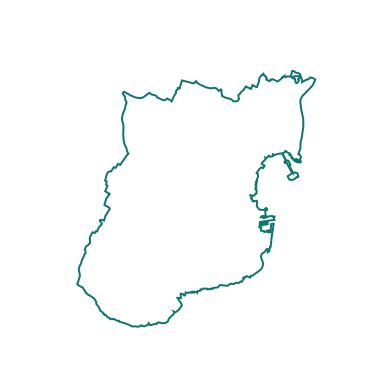 Kota Surabaya, Jawa Timur, Indonesia (Albers equal-area conic projection), rotated 108°
{"feature_id": "22746128B68603538827891", "entity_name": "Kota Surabaya", "entity_type": "district", "adm_level": 2, "iso_a3": "IDN", "parent_name": "Indonesia", "parent_adm1": "Jawa Timur", "projection": "albers", "projection_center": [112.731, -7.274], "detail": "fine", "context": "isolated", "style": "outline", "palette": "teal", "viewbox_px": 384, "rotation_deg": 108, "n_neighbors": 0, "source": "geoboundaries", "source_scale": "gbopen_adm2", "svg_char_len": 6044}
<svg xmlns="http://www.w3.org/2000/svg" viewBox="0 0 384 384"><g transform="rotate(108 192 192)"><path d="M119.9,288.2L122.2,285.0L125.0,283.9L126.9,281.9L130.5,281.9L132.9,281.5L139.3,281.9L143.0,281.5L145.2,280.8L149.7,277.8L158.8,275.1L164.5,272.7L167.8,270.7L170.6,267.9L173.0,266.6L175.3,264.3L176.7,265.1L188.4,268.7L188.0,270.9L192.7,272.2L192.6,274.0L197.5,275.4L197.8,276.7L199.0,278.0L201.2,278.5L208.0,278.2L208.3,276.4L211.6,276.0L212.2,274.3L218.1,274.8L219.3,269.7L224.8,271.5L231.3,271.3L232.0,268.9L232.1,267.0L232.9,265.3L233.5,265.0L241.7,267.0L244.5,266.8L245.3,267.1L246.3,266.8L246.7,270.4L247.1,270.7L248.3,270.6L249.6,268.1L250.4,267.9L254.7,269.7L258.8,270.1L258.8,271.2L261.1,271.8L261.1,274.2L266.0,275.1L268.7,274.6L269.3,274.1L272.0,273.3L274.4,274.2L276.2,275.7L277.4,276.1L279.8,276.3L281.1,275.0L283.2,274.4L284.3,275.1L285.9,274.9L291.4,275.7L294.2,275.4L296.9,276.0L299.4,276.0L301.0,275.6L304.5,273.5L307.2,272.6L315.2,272.6L316.2,269.6L316.6,266.5L320.8,261.3L321.5,259.9L322.3,256.0L323.6,252.1L325.9,249.2L327.9,248.5L330.8,244.4L332.1,243.6L333.5,242.1L334.1,239.7L335.0,239.1L335.0,238.1L335.2,237.7L335.7,237.7L336.0,237.0L335.7,235.9L337.2,233.8L337.1,231.7L337.9,231.3L337.8,228.8L337.3,228.2L336.9,226.6L337.6,223.2L337.0,221.7L337.8,221.1L337.6,215.4L337.8,210.1L338.4,207.9L338.0,206.2L337.2,204.3L337.0,202.4L336.0,200.2L335.0,199.9L334.5,198.9L334.4,198.2L335.0,197.7L334.2,195.4L331.9,192.9L330.1,192.7L331.5,190.8L331.3,189.9L329.2,187.0L328.4,184.9L327.3,184.7L326.4,183.7L325.9,179.2L324.3,176.3L323.0,175.3L322.0,174.8L319.9,174.9L318.3,174.3L314.0,171.8L312.0,171.8L311.3,172.5L311.6,170.6L308.2,168.2L303.2,166.6L301.8,167.4L297.2,173.1L296.2,169.8L292.2,171.3L292.0,168.5L292.6,168.0L292.8,167.2L292.1,166.6L289.4,167.0L289.2,164.4L287.9,162.9L287.5,161.8L288.0,161.6L287.8,160.9L286.7,160.9L286.5,160.2L287.2,160.0L286.9,158.7L286.2,158.8L285.7,156.4L286.1,155.9L284.5,156.0L283.1,153.4L281.9,153.7L281.2,151.6L280.3,151.4L279.3,147.8L279.8,147.5L278.8,144.7L278.5,144.9L278.1,144.2L277.6,142.2L276.7,142.3L274.8,138.1L271.8,136.6L270.2,129.1L268.1,127.8L267.3,126.8L266.6,123.8L264.7,122.2L264.0,119.3L262.1,118.2L262.1,117.0L258.3,115.8L257.9,116.8L257.6,116.7L257.4,115.9L256.4,115.4L256.5,114.8L255.1,114.0L255.4,110.3L253.5,110.1L253.5,109.5L252.4,108.3L244.3,102.5L241.7,101.9L238.8,102.1L236.6,103.1L235.3,104.4L232.0,106.5L229.7,106.7L225.7,103.9L224.5,103.9L222.9,103.1L222.9,102.4L223.6,101.8L225.8,101.3L224.6,100.2L219.9,100.9L219.7,100.3L211.0,102.2L197.0,104.5L197.0,105.1L197.9,106.7L206.1,105.1L206.7,106.9L204.9,107.3L205.1,108.3L205.4,108.6L206.7,108.3L206.9,109.1L206.6,109.2L206.9,109.2L207.1,110.2L207.7,110.8L206.9,111.3L207.5,114.5L204.2,115.1L204.9,117.0L202.8,117.4L199.3,110.1L198.0,110.6L201.1,117.7L199.5,118.1L193.0,105.0L191.7,105.9L190.0,105.9L190.7,107.1L189.9,108.1L192.2,113.0L192.7,113.0L192.5,113.5L192.9,113.8L192.4,114.0L193.0,115.5L194.2,115.0L194.5,115.6L193.8,115.9L194.0,116.5L195.0,116.3L194.2,116.9L194.8,116.8L194.3,117.0L194.8,118.7L193.7,118.5L191.8,114.6L188.0,116.3L186.8,116.2L186.2,115.2L185.6,115.1L184.8,115.4L184.4,116.1L184.4,116.7L185.7,117.5L186.2,117.3L186.9,118.0L187.9,122.6L185.6,125.9L180.6,127.3L180.4,127.7L181.5,130.4L182.1,130.7L182.0,131.5L180.2,132.5L180.0,133.8L179.2,134.0L178.3,133.5L177.5,133.8L177.4,135.5L176.9,135.5L176.6,133.0L176.0,131.5L174.0,131.1L173.7,130.2L170.4,131.0L170.1,132.3L168.8,132.8L168.3,132.9L168.3,132.3L166.4,132.6L166.1,133.5L165.2,133.9L164.6,133.3L163.4,133.5L163.3,134.2L162.1,134.2L162.0,133.5L159.9,134.1L156.7,133.9L154.4,135.0L154.0,136.4L149.8,135.2L147.5,133.9L147.1,133.4L147.3,131.8L145.7,131.3L144.9,131.7L144.7,130.3L143.7,134.4L142.6,134.4L138.8,132.6L137.4,132.3L136.7,132.8L136.9,131.6L133.7,130.1L134.4,128.6L132.6,126.0L131.1,126.7L131.1,125.8L131.5,125.2L129.4,122.4L127.4,118.4L133.1,112.5L134.6,113.4L135.7,112.4L134.8,111.2L143.2,102.5L147.5,105.9L148.6,105.0L150.2,102.8L149.7,102.0L149.8,101.0L149.0,99.6L146.9,97.7L146.0,97.5L145.1,96.6L145.4,96.2L144.9,95.7L144.2,95.7L141.6,97.5L141.5,100.1L142.4,101.2L142.9,101.2L136.9,107.8L135.8,106.8L132.5,110.0L132.6,112.0L132.9,112.2L127.2,118.0L125.8,116.1L124.2,116.0L124.1,115.4L125.0,113.0L125.2,110.9L126.7,110.8L126.5,108.8L128.5,108.2L129.1,107.6L128.5,106.9L130.1,105.4L128.6,103.3L128.7,100.3L128.5,99.8L127.7,99.4L125.3,99.1L124.5,99.6L123.1,101.3L123.1,102.6L117.7,102.3L111.0,104.1L105.3,104.6L95.2,106.4L88.3,108.7L79.2,113.9L73.7,116.5L70.7,117.3L67.1,116.9L54.3,110.6L50.9,109.8L46.9,109.5L46.3,112.1L46.5,115.0L48.9,116.1L49.4,117.4L53.5,121.3L51.9,121.6L49.1,123.9L51.2,125.8L51.9,125.9L52.5,124.9L53.0,124.8L55.4,125.4L56.1,126.3L55.7,127.4L52.6,128.9L52.7,131.6L52.2,132.3L51.1,131.7L50.8,130.5L49.9,129.6L48.4,124.4L47.5,124.8L46.3,126.3L46.1,127.4L46.4,130.9L45.6,131.7L45.7,133.7L46.3,134.3L49.2,133.8L51.9,134.2L52.5,136.9L53.8,138.3L53.7,139.1L52.7,139.7L54.0,140.4L54.1,141.2L54.5,141.3L54.7,140.8L55.6,141.2L55.7,141.8L57.3,142.4L60.5,144.8L59.7,149.9L60.4,150.7L60.5,151.4L61.0,151.5L60.9,151.9L62.7,152.5L62.2,155.7L61.7,155.7L61.4,156.4L60.7,156.2L59.8,156.8L59.1,158.6L58.8,158.6L58.7,159.6L57.5,160.6L59.0,161.4L59.3,162.0L62.7,163.1L66.6,162.5L72.0,162.6L72.3,164.1L71.6,167.5L75.8,167.8L75.0,173.4L78.6,174.3L82.2,176.4L83.9,176.8L85.3,177.8L88.0,176.9L88.9,175.9L91.2,176.7L92.3,178.3L92.9,180.9L91.6,183.4L91.9,190.3L91.2,193.2L88.1,194.8L86.1,195.3L85.6,196.2L86.5,196.4L86.6,197.0L87.6,197.9L86.0,200.5L85.9,202.7L87.6,206.0L88.1,210.5L87.4,217.7L86.6,220.5L85.3,222.6L87.8,223.4L88.2,224.0L89.0,236.0L97.3,235.8L97.1,237.4L97.7,237.7L98.9,237.3L100.2,238.2L101.9,238.4L102.6,237.8L106.0,238.7L112.0,239.4L111.7,239.8L110.7,244.5L112.7,245.7L113.6,247.4L112.8,254.6L112.1,255.1L111.5,256.2L111.7,260.3L110.9,263.3L117.0,267.6L118.3,269.4L119.2,271.8L119.5,275.2L119.2,279.4L117.7,287.5L118.5,288.3L119.9,288.2ZM130.8,103.8L131.1,102.5L131.0,99.7L130.3,98.1L129.8,97.7L128.2,98.9L129.2,100.1L129.3,103.5L129.9,103.9L130.8,103.8Z" fill="none" stroke="#0f766e" stroke-width="2"/></g></svg>